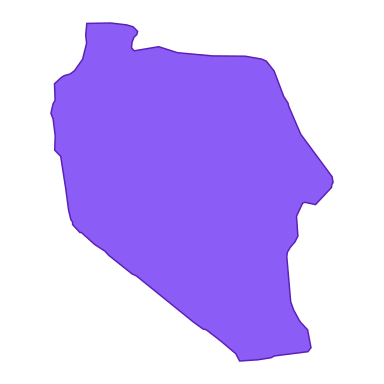 the district of San Carlos Alzatate, Jalapa, Guatemala
{"feature_id": "79465075B59357563721623", "entity_name": "San Carlos Alzatate", "entity_type": "district", "adm_level": 2, "iso_a3": "GTM", "parent_name": "Guatemala", "parent_adm1": "Jalapa", "projection": "natural_earth1", "projection_center": [-90.078, 14.475], "detail": "fine", "context": "isolated", "style": "filled", "palette": "violet", "viewbox_px": 384, "rotation_deg": 0, "n_neighbors": 0, "source": "geoboundaries", "source_scale": "gbopen_adm2", "svg_char_len": 1052}
<svg xmlns="http://www.w3.org/2000/svg" viewBox="0 0 384 384"><path d="M239.6,361.0L257.7,359.8L270.8,357.8L274.6,355.9L307.9,351.7L311.0,347.7L307.6,329.8L300.8,322.5L299.2,320.2L293.7,310.1L290.7,301.8L286.8,256.7L287.3,252.4L290.0,247.8L291.6,245.8L293.3,243.8L295.0,241.9L297.9,236.1L296.5,216.3L302.6,203.2L304.9,202.3L315.5,204.6L331.4,187.6L331.9,184.5L333.1,182.4L332.1,176.7L300.7,134.2L288.8,106.5L288.0,103.1L283.7,96.4L274.1,71.0L266.3,61.1L261.7,59.1L245.2,56.2L212.4,55.9L177.5,52.7L158.7,46.7L134.2,50.8L131.5,47.9L132.1,42.1L134.0,37.2L136.8,34.6L137.6,31.4L133.1,26.8L126.8,24.9L110.8,23.0L86.8,23.4L85.7,35.0L86.6,43.2L82.6,59.2L74.5,70.7L70.1,74.0L64.4,75.6L62.6,76.6L61.2,77.6L54.5,83.7L55.1,100.3L53.1,103.7L50.9,113.3L53.1,119.0L55.2,135.8L54.7,150.2L60.7,156.3L65.7,188.5L68.6,210.3L70.9,219.7L72.6,222.2L72.6,224.6L79.9,232.5L81.4,232.5L94.7,244.5L105.0,251.2L108.7,255.3L131.9,273.8L136.5,276.0L193.6,322.2L202.8,328.9L206.3,329.8L220.9,341.1L235.8,353.7L239.6,361.0Z" fill="#8b5cf6" stroke="#5b21b6" stroke-width="1.5"/></svg>